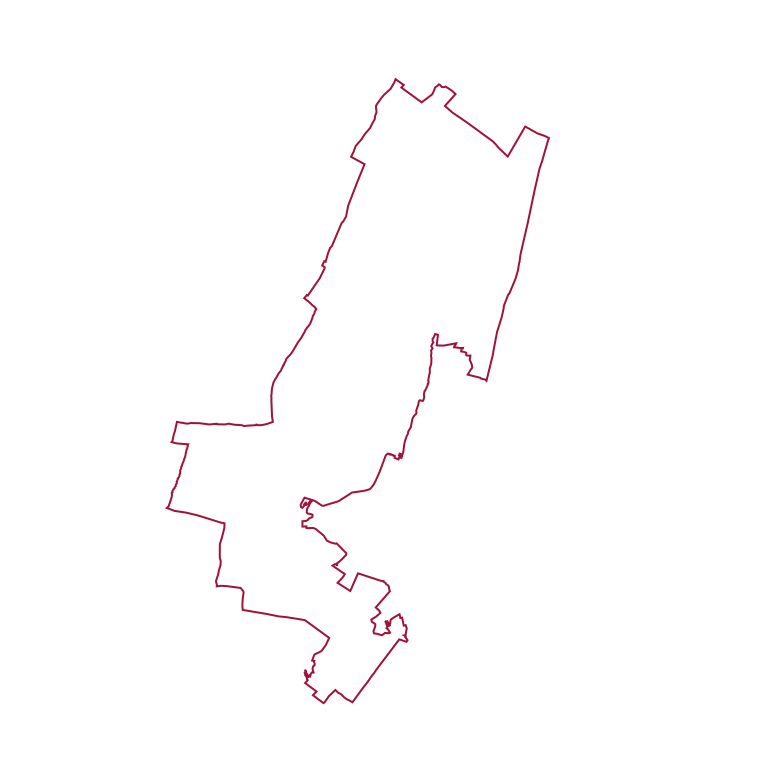 Beresti-Meria, Galati, Romania, rotated 215°
{"feature_id": "2599482B493260480415", "entity_name": "Beresti-Meria", "entity_type": "district", "adm_level": 2, "iso_a3": "ROU", "parent_name": "Romania", "parent_adm1": "Galati", "projection": "albers", "projection_center": [27.919, 46.071], "detail": "fine", "context": "isolated", "style": "outline", "palette": "rose", "viewbox_px": 768, "rotation_deg": 215, "n_neighbors": 0, "source": "geoboundaries", "source_scale": "gbopen_adm2", "svg_char_len": 6157}
<svg xmlns="http://www.w3.org/2000/svg" viewBox="0 0 768 768"><g transform="rotate(215 384 384)"><path d="M527.1,236.6L527.2,236.3L531.9,234.2L528.3,225.7L527.2,222.0L524.7,216.1L524.6,214.6L519.6,216.5L509.8,222.3L509.5,220.7L509.0,220.4L508.7,219.1L508.1,218.1L508.1,217.0L507.5,215.5L505.1,210.2L504.7,208.1L503.7,205.3L503.7,204.3L502.5,200.7L502.6,199.7L501.9,198.6L501.4,196.5L499.7,193.6L499.4,192.1L498.8,191.5L498.5,189.5L498.8,188.3L498.2,187.6L497.7,184.9L496.8,183.9L496.8,182.1L496.0,180.9L496.2,179.4L495.8,178.5L496.2,177.7L495.9,177.0L496.1,176.1L495.8,174.6L495.2,174.2L495.4,173.0L494.0,171.5L492.8,168.9L492.4,167.1L491.8,166.1L491.9,165.3L491.6,164.9L491.6,164.4L491.0,163.4L491.1,162.9L490.3,160.4L490.8,157.9L482.8,159.9L472.4,165.1L461.3,169.5L438.1,176.9L434.7,178.4L432.2,174.4L431.1,171.6L428.5,164.7L426.7,158.8L419.1,147.8L416.2,145.3L414.2,142.3L412.2,136.4L410.5,132.6L408.6,126.1L405.8,123.7L404.9,122.3L401.9,125.1L397.7,127.8L384.5,134.7L380.5,133.6L379.5,132.8L376.6,127.1L372.8,121.0L370.1,117.9L348.1,128.4L337.5,133.0L329.5,137.4L313.4,145.2L283.3,144.6L281.9,136.9L282.1,129.1L285.6,123.0L285.7,121.7L284.2,116.2L282.3,117.2L282.0,116.3L280.3,115.0L279.6,113.8L280.1,112.8L279.9,112.5L280.0,111.6L279.2,109.7L276.2,107.3L276.5,106.9L277.2,107.1L277.7,106.2L277.6,104.3L276.9,102.4L277.9,102.7L278.1,101.6L277.7,100.8L278.0,100.5L280.3,102.2L281.4,102.2L283.2,104.0L285.0,104.5L282.7,102.8L283.2,101.8L282.0,101.2L281.6,100.3L280.4,100.1L278.2,98.7L277.7,98.0L276.6,97.6L277.1,93.8L262.9,93.4L263.7,88.3L250.5,87.9L250.1,89.3L250.1,96.9L248.3,105.5L244.4,104.8L241.0,105.3L237.1,104.5L233.1,104.4L232.0,104.8L227.3,105.2L226.9,122.8L226.5,131.1L226.6,137.3L226.3,141.1L226.4,146.3L225.0,183.6L217.7,185.7L217.8,187.7L221.1,188.7L221.0,189.3L221.6,189.6L223.4,189.6L222.3,190.7L225.3,197.0L228.0,198.9L229.2,197.4L235.2,203.0L236.4,201.7L239.2,204.3L241.8,199.0L243.3,194.9L243.0,193.9L241.7,191.8L241.4,190.3L240.7,189.8L241.3,188.5L243.1,189.9L243.4,190.8L245.1,191.6L245.4,191.1L246.3,190.8L246.5,190.2L242.1,187.1L241.9,185.4L240.3,185.4L239.1,185.0L236.5,183.8L236.7,183.1L237.8,182.1L240.3,180.8L241.6,177.0L246.5,175.4L249.1,174.0L250.7,175.2L252.3,180.7L253.3,182.2L254.1,182.4L257.6,182.2L259.3,183.8L257.1,188.7L255.7,194.5L258.0,195.6L262.6,196.2L260.3,217.7L261.1,218.1L263.9,220.9L265.2,221.4L267.5,221.3L268.7,221.9L271.2,221.8L271.4,222.2L273.0,221.2L296.7,214.0L292.9,195.1L308.0,194.5L307.1,199.9L306.9,202.8L307.0,205.8L322.0,205.7L320.8,208.3L320.3,208.7L319.2,208.8L318.1,208.1L319.6,210.5L318.9,212.2L317.6,218.0L317.4,220.4L317.0,221.5L317.4,223.4L317.7,223.7L331.4,226.3L332.0,225.4L336.8,223.6L340.8,222.9L346.2,225.2L356.8,226.1L359.4,225.5L364.6,221.6L365.2,221.6L365.9,222.9L369.0,220.4L372.1,224.8L369.2,227.2L368.5,228.8L368.2,231.2L366.4,233.8L367.1,235.4L367.7,235.9L370.0,235.2L372.1,234.1L373.7,234.5L375.2,237.2L375.6,238.7L375.6,241.4L376.3,243.9L375.9,247.0L375.6,247.7L376.4,247.4L377.3,245.3L377.4,242.3L378.5,240.0L379.2,239.9L379.9,242.1L380.1,242.0L380.4,239.8L380.2,238.9L379.5,237.9L379.9,235.6L381.2,235.6L382.1,236.2L383.1,237.6L383.9,245.3L374.0,248.5L365.0,248.8L363.8,249.4L354.0,261.9L347.9,276.8L338.8,285.3L335.5,289.4L335.1,290.3L334.8,295.3L335.2,299.1L337.0,308.8L341.5,326.0L341.5,327.5L340.8,329.4L339.0,329.5L338.2,329.8L338.5,330.2L335.4,331.1L335.3,330.7L333.8,331.2L333.0,329.6L330.1,330.2L329.6,331.0L329.4,330.4L328.9,330.5L329.5,332.8L327.3,333.4L327.7,334.9L330.8,334.2L331.2,336.0L328.4,336.6L329.3,339.5L333.0,346.6L334.2,349.7L335.6,354.6L335.8,356.8L336.8,358.7L337.2,362.2L337.2,363.8L340.6,371.4L341.0,373.5L341.0,376.5L340.5,377.3L340.8,379.0L342.3,380.6L344.0,386.5L345.3,389.3L345.5,390.6L345.3,391.3L342.5,392.3L342.6,393.9L343.6,396.5L345.2,398.1L346.6,401.1L346.7,401.6L346.5,401.9L347.4,407.6L348.3,409.3L347.9,409.7L348.9,411.7L349.7,412.0L352.5,418.1L352.9,419.5L355.4,422.9L356.8,427.5L360.0,432.4L361.9,434.3L362.7,436.3L364.7,438.6L364.6,441.0L367.0,442.1L367.4,444.4L367.4,446.3L368.5,446.7L370.1,448.9L370.0,450.6L370.8,454.3L368.0,455.2L363.1,446.0L362.2,446.3L357.0,449.8L348.2,458.8L347.8,457.0L348.1,455.7L347.7,454.3L342.2,457.2L340.0,458.9L339.8,458.3L340.8,457.6L339.5,454.9L337.1,456.1L334.5,456.8L333.3,454.8L332.5,454.8L329.5,456.8L327.8,453.1L323.1,450.2L321.3,448.3L321.0,447.1L321.2,446.1L320.8,439.7L308.7,444.3L307.6,444.1L303.9,445.6L301.9,445.4L312.0,471.4L313.1,473.4L321.2,491.4L325.9,506.2L329.0,513.8L330.7,517.0L333.4,528.0L333.5,529.1L333.2,530.0L336.7,545.9L339.6,554.3L342.7,560.5L342.9,561.5L346.5,568.4L358.8,598.8L371.6,628.7L380.3,650.1L382.3,657.2L388.8,676.0L389.9,680.1L394.2,679.5L402.0,677.3L416.0,675.9L413.1,641.3L426.4,643.3L429.0,644.2L434.0,645.2L465.4,645.8L483.5,645.6L493.6,646.7L491.7,662.6L496.8,663.2L504.1,663.0L505.0,661.7L506.9,660.4L509.6,661.1L510.3,661.2L511.1,660.6L511.0,659.3L512.1,656.8L512.2,656.3L511.1,652.0L510.7,648.8L514.7,636.3L539.8,636.8L539.4,640.3L549.4,640.3L548.5,636.8L547.9,629.6L549.9,620.6L550.2,617.1L550.3,609.5L550.1,607.4L549.7,606.6L546.0,602.3L544.9,597.9L543.7,596.2L543.4,594.9L542.9,589.6L542.2,585.9L543.0,578.3L543.0,574.1L542.7,572.3L543.7,562.5L542.0,556.5L541.3,551.2L526.0,552.9L521.8,534.4L515.6,509.5L511.1,499.3L510.6,493.7L511.1,491.9L505.8,467.2L506.2,464.7L504.9,459.1L501.9,450.6L503.4,450.3L502.6,445.6L499.5,445.6L498.9,444.5L497.3,433.6L497.1,412.8L498.3,412.6L498.3,410.8L498.6,408.5L491.2,408.1L488.7,407.5L485.5,407.4L482.4,406.6L482.4,403.9L481.3,401.3L481.4,399.7L479.6,393.6L479.1,390.6L479.1,387.7L479.4,385.9L479.2,384.6L479.4,383.3L479.0,381.7L478.2,373.9L478.4,369.6L478.2,366.2L477.5,358.0L477.6,354.2L478.4,349.5L478.3,348.0L477.8,346.5L477.2,341.4L477.0,341.5L476.6,337.8L476.1,335.9L476.4,332.0L475.9,328.2L475.8,324.6L475.3,321.6L473.2,316.0L469.9,310.5L469.7,309.6L468.4,308.4L467.1,306.3L457.1,293.2L453.3,289.2L457.1,283.9L460.7,280.1L463.2,278.2L464.9,277.8L465.4,277.4L465.2,276.9L472.5,271.1L474.1,269.5L477.0,268.6L482.9,265.0L488.7,262.3L490.9,259.8L497.6,255.3L498.5,254.9L498.6,255.2L503.8,250.7L512.6,246.1L520.1,241.0L522.0,239.0L524.8,237.4L527.1,236.6Z" fill="none" stroke="#9f1239" stroke-width="2"/></g></svg>